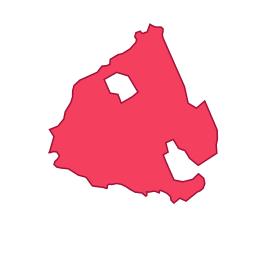 the County of Zala, rotated 339°
{"feature_id": "HUN-3159", "entity_name": "Zala", "entity_type": "County", "adm_level": 1, "iso_a3": "HUN", "parent_name": "Hungary", "parent_adm1": "", "projection": "robinson", "projection_center": [16.808, 46.674], "detail": "fine", "context": "isolated", "style": "filled", "palette": "rose", "viewbox_px": 256, "rotation_deg": 339, "n_neighbors": 0, "source": "natural_earth", "source_scale": "10m", "svg_char_len": 1586}
<svg xmlns="http://www.w3.org/2000/svg" viewBox="0 0 256 256"><g transform="rotate(339 128 128)"><path d="M86.0,176.6L83.4,174.4L75.1,170.0L74.0,169.2L71.2,158.9L64.8,154.2L57.7,144.7L50.9,141.2L47.4,138.8L46.6,137.1L45.9,135.5L47.7,133.1L51.3,131.6L52.5,130.7L54.0,129.4L52.9,124.9L50.1,123.3L46.5,123.1L45.5,122.7L46.6,121.7L55.8,109.5L54.2,101.3L63.3,101.2L71.3,96.6L75.2,90.4L84.0,83.5L87.4,79.1L89.7,73.4L92.9,69.0L100.1,66.1L119.2,65.0L126.0,60.9L130.2,62.2L133.8,62.1L136.0,57.6L144.8,56.0L149.4,56.6L158.3,54.9L166.2,50.8L167.8,48.3L167.0,45.3L169.6,41.9L174.1,42.0L174.7,43.9L176.1,45.2L178.2,44.9L180.3,45.3L185.7,39.0L187.7,41.6L190.0,43.7L195.0,45.6L196.2,47.9L195.2,50.5L193.6,52.9L192.9,55.9L195.5,109.8L193.0,126.4L199.0,134.0L209.3,130.3L210.5,161.8L207.5,170.3L204.2,175.6L201.9,183.4L180.2,188.0L174.7,178.4L173.1,169.6L168.0,165.2L166.1,154.9L158.0,155.3L156.8,164.9L151.3,165.7L151.3,172.8L151.7,182.0L152.3,193.1L160.0,197.9L170.0,199.1L177.4,196.0L180.7,202.2L179.7,207.6L176.2,211.4L172.8,212.4L169.5,212.6L156.0,217.0L151.2,212.1L143.9,214.5L142.4,210.9L143.1,207.2L141.2,203.3L140.1,201.9L138.3,200.0L135.9,197.8L134.9,197.8L134.5,198.9L133.9,199.7L132.7,198.8L131.8,197.8L131.0,197.1L130.2,196.5L129.3,196.2L124.1,195.2L122.8,194.4L121.3,197.8L120.0,197.8L117.7,193.6L111.8,190.5L108.2,186.4L105.1,181.9L101.6,178.2L97.5,175.7L92.4,174.9L90.7,173.9L89.2,173.7L88.0,174.5L87.1,176.6L86.0,176.6ZM130.6,102.4L143.0,100.4L150.2,98.0L147.0,79.5L137.4,72.0L123.1,74.1L123.8,89.0L130.6,93.0L130.6,102.4Z" fill="#f43f5e" stroke="#9f1239" stroke-width="1.5"/></g></svg>